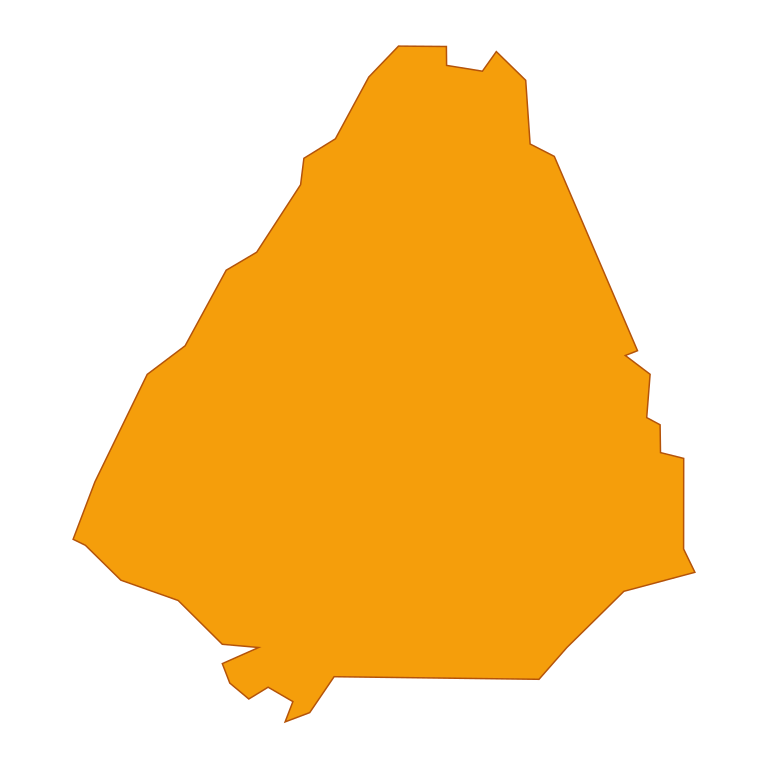 McMinn, Tennessee, United States of America (Natural Earth projection)
{"feature_id": "52423323B39062108095107", "entity_name": "McMinn", "entity_type": "district", "adm_level": 2, "iso_a3": "USA", "parent_name": "United States of America", "parent_adm1": "Tennessee", "projection": "natural_earth1", "projection_center": [-84.621, 35.443], "detail": "fine", "context": "isolated", "style": "filled", "palette": "amber", "viewbox_px": 768, "rotation_deg": 0, "n_neighbors": 0, "source": "geoboundaries", "source_scale": "gbopen_adm2", "svg_char_len": 650}
<svg xmlns="http://www.w3.org/2000/svg" viewBox="0 0 768 768"><path d="M566.9,647.5L623.9,591.3L694.9,572.3L683.6,549.0L683.7,458.4L660.5,452.6L660.1,424.8L646.7,417.6L650.1,374.3L625.3,355.5L637.5,350.7L554.3,156.4L530.1,144.0L525.7,80.3L496.3,51.6L482.4,71.2L446.6,65.4L446.4,46.5L398.5,46.1L368.8,77.0L335.4,138.8L303.9,158.3L300.6,184.7L256.7,252.2L226.2,270.2L185.1,345.8L147.2,374.4L94.9,481.9L73.1,539.3L85.4,545.3L120.9,580.2L178.2,600.5L222.3,644.3L258.6,647.5L222.3,663.6L229.8,683.1L248.8,699.0L268.1,687.2L292.9,701.6L285.1,721.9L309.7,712.6L334.1,676.7L539.0,679.3L566.9,647.5Z" fill="#f59e0b" stroke="#b45309" stroke-width="1.5"/></svg>